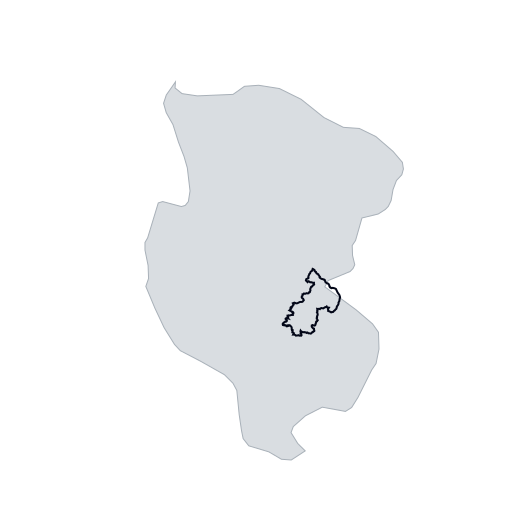 Nyanza, Southern, Rwanda shown in context, rotated 302°
{"feature_id": "39286606B66592032419282", "entity_name": "Nyanza", "entity_type": "district", "adm_level": 2, "iso_a3": "RWA", "parent_name": "Rwanda", "parent_adm1": "Southern", "projection": "robinson", "projection_center": [29.757, -2.344], "detail": "fine", "context": "in_parent", "style": "outline", "palette": "ink", "viewbox_px": 512, "rotation_deg": 302, "n_neighbors": 0, "source": "geoboundaries", "source_scale": "gbopen_adm2", "svg_char_len": 6903}
<svg xmlns="http://www.w3.org/2000/svg" viewBox="0 0 512 512"><g transform="rotate(302 256 256)"><path d="M208.6,154.7L214.0,154.5L249.2,145.0L252.7,148.0L258.4,166.5L261.4,169.2L266.3,169.8L276.2,165.6L294.3,151.1L302.2,142.3L311.5,129.9L323.4,116.0L330.0,103.9L336.5,96.7L345.0,94.6L354.4,95.1L361.0,95.4L355.6,98.3L354.5,107.2L360.7,121.4L380.9,150.9L393.8,156.3L402.2,167.8L410.4,187.1L412.8,211.2L409.4,240.3L411.4,261.9L418.9,276.0L420.8,294.4L417.3,316.9L413.0,330.5L407.9,334.9L402.2,336.6L394.4,335.1L384.9,337.0L374.6,341.2L368.1,341.9L364.0,341.0L356.4,337.4L344.4,325.7L321.9,332.2L315.9,332.0L307.6,337.6L300.9,344.4L296.8,344.9L292.7,344.0L273.4,330.2L266.3,330.7L263.4,369.3L260.2,390.8L256.2,400.3L242.3,409.6L228.4,414.8L220.8,414.5L190.1,417.4L178.2,417.4L171.6,414.2L162.9,392.3L146.7,382.6L131.1,378.0L124.8,379.3L119.1,390.8L116.8,401.0L101.7,394.0L97.1,385.3L96.7,370.6L91.2,350.5L94.3,341.9L100.2,336.3L112.7,325.7L131.8,311.0L135.9,303.9L138.6,292.2L137.4,265.0L135.6,242.0L137.8,233.8L146.5,216.1L158.2,197.9L171.8,178.7L180.0,176.8L190.8,169.5L202.2,158.7L208.6,154.7Z" fill="#d9dde1" stroke="#a8b0b8" stroke-width="1"/><path d="M275.0,310.9L273.2,311.4L271.7,310.7L271.1,310.7L270.3,310.9L269.9,311.1L268.9,310.7L268.1,311.0L266.9,311.1L266.3,311.3L265.9,311.6L265.7,311.6L265.3,312.1L265.0,312.2L264.6,312.0L263.1,310.9L261.8,311.2L261.6,311.6L261.3,313.1L261.2,313.5L261.9,313.5L262.1,313.4L262.5,314.0L262.4,314.4L262.5,314.7L262.4,315.0L262.5,315.4L262.4,315.8L262.6,316.0L262.8,316.7L263.2,317.0L263.3,317.6L263.3,318.3L264.0,319.3L263.6,319.5L262.7,320.4L262.4,320.4L261.8,319.9L261.1,319.9L260.6,319.7L259.9,319.8L259.8,319.7L259.4,319.3L259.1,319.1L258.5,319.3L257.6,319.3L257.1,319.5L256.6,319.5L255.7,320.4L255.2,320.5L254.5,320.5L254.2,320.8L253.8,320.8L253.4,320.5L253.5,320.4L253.3,320.2L252.7,320.3L252.2,320.3L251.5,319.4L251.3,318.7L251.2,318.5L250.2,317.9L249.7,317.2L249.7,316.7L249.5,316.4L248.7,316.3L248.3,316.1L248.1,315.8L247.2,316.5L246.7,316.5L246.1,316.2L245.1,316.7L244.9,317.0L244.7,317.8L244.7,318.1L244.8,318.5L244.0,319.8L243.7,320.0L243.3,319.8L242.7,319.8L242.2,319.7L241.9,319.7L241.3,319.2L240.8,318.3L240.3,317.6L238.0,316.2L237.4,315.6L237.0,314.8L237.0,314.4L236.8,313.3L236.1,312.7L235.5,312.3L235.1,313.4L234.8,313.7L234.2,313.4L232.5,313.6L231.8,313.0L230.9,312.6L230.6,312.6L230.4,312.7L230.5,312.9L230.6,313.6L230.3,313.6L229.7,313.7L229.2,313.7L228.7,313.3L228.0,313.4L227.6,313.2L227.6,313.3L227.6,313.7L227.8,314.0L227.8,314.4L227.7,315.2L227.8,315.6L227.7,315.9L228.0,316.3L228.0,316.6L228.0,317.3L227.7,317.8L226.9,318.2L226.6,318.2L226.5,317.8L226.4,317.9L226.1,318.0L225.6,318.0L225.4,318.3L224.7,317.2L223.6,316.3L223.2,315.7L223.0,315.2L222.7,315.2L222.4,314.7L222.2,314.6L222.1,314.3L221.8,314.4L220.9,315.9L220.4,316.2L220.2,316.0L220.1,316.3L219.9,315.6L219.6,315.5L219.4,315.3L219.4,314.7L219.2,314.7L218.8,314.4L218.6,314.5L218.4,314.4L218.1,314.7L218.0,315.8L217.9,316.1L217.5,316.5L217.1,316.6L216.2,316.3L215.9,316.0L215.8,315.5L214.9,315.2L214.7,315.0L213.9,314.7L213.5,314.9L213.1,315.0L212.8,314.6L212.6,314.6L212.4,314.7L211.7,315.4L211.8,315.7L212.1,315.8L212.1,316.0L212.3,315.9L212.6,316.4L212.5,316.7L212.6,316.9L212.7,317.4L212.9,317.9L212.9,318.0L212.8,318.3L213.0,318.3L212.9,318.8L213.0,318.8L213.0,319.0L213.1,319.4L213.3,319.3L213.5,319.5L213.4,319.6L213.7,319.7L213.8,319.9L213.9,320.1L213.8,320.3L214.0,320.4L214.1,320.7L214.4,320.8L214.5,320.7L214.6,320.9L214.7,321.0L214.8,320.8L214.9,321.0L215.1,321.1L215.2,321.3L214.9,321.9L215.0,322.4L214.5,323.9L214.3,324.1L213.0,325.0L212.9,325.2L212.8,325.3L212.6,325.4L212.6,325.6L212.4,325.5L212.0,326.0L212.1,326.3L211.9,326.3L211.8,326.7L210.9,327.1L211.0,327.2L210.8,327.3L210.8,327.5L210.6,328.7L210.6,329.0L210.4,329.0L210.2,328.9L210.1,329.1L209.5,329.1L209.5,329.3L209.4,329.3L209.5,329.4L209.4,329.5L209.5,329.6L209.4,329.7L209.7,330.1L209.7,330.7L209.8,331.1L209.6,332.1L209.8,332.3L210.2,332.6L210.7,333.4L211.1,333.7L211.2,334.1L211.4,334.1L211.6,334.6L211.6,335.4L212.2,335.9L212.3,336.5L212.7,336.6L212.9,336.4L213.0,336.5L213.4,336.2L213.9,335.8L213.9,335.7L214.2,335.5L214.3,335.3L214.2,335.0L214.4,335.0L214.5,334.7L215.4,333.9L215.6,333.6L216.3,333.4L216.1,333.9L215.9,334.2L215.9,334.9L216.1,335.0L216.1,335.7L216.5,336.3L216.6,336.9L216.8,337.3L217.0,337.3L217.2,337.5L217.2,337.8L217.5,338.4L217.2,338.8L217.3,338.7L217.4,338.8L217.5,339.6L218.3,339.9L218.4,340.6L218.3,340.8L218.2,341.4L218.6,342.0L219.1,343.1L219.2,343.6L219.5,343.7L219.8,343.9L220.0,343.9L220.4,344.0L221.3,344.1L221.4,344.3L221.7,344.3L221.8,344.6L222.1,344.6L222.6,344.9L223.1,345.2L223.4,345.2L223.9,344.7L224.0,344.5L225.1,343.7L224.9,343.3L224.9,342.7L225.2,342.0L225.2,341.7L225.5,340.9L226.0,340.4L226.4,340.3L226.7,340.1L227.0,340.3L227.4,340.5L227.5,340.9L227.6,341.6L228.0,342.2L228.1,342.7L228.7,342.9L229.5,342.8L230.3,342.3L230.9,342.4L232.0,341.9L232.2,342.0L232.2,341.9L232.7,341.9L232.9,342.1L233.1,342.1L233.3,342.2L234.2,342.4L234.6,341.8L234.9,341.2L235.0,340.7L235.7,340.5L235.9,340.3L236.1,340.4L236.6,340.2L236.9,339.8L237.7,339.7L238.0,339.5L238.5,339.6L238.8,339.5L239.5,339.0L239.6,338.8L239.7,338.6L240.1,338.4L240.4,338.0L240.6,337.5L241.3,337.6L241.5,337.5L241.8,337.1L242.4,337.0L242.5,336.6L243.2,336.4L243.6,336.0L243.7,336.3L244.1,336.7L244.5,337.4L244.8,338.3L245.2,338.2L245.7,338.4L245.9,338.7L246.5,339.0L247.0,340.3L247.3,340.9L247.8,341.0L248.9,341.7L249.2,341.7L249.7,342.2L249.9,342.4L250.2,342.6L250.6,342.7L250.3,343.2L250.1,343.8L250.2,344.0L250.5,344.5L250.8,345.2L250.4,345.2L249.9,344.8L249.6,344.8L249.0,345.2L248.5,345.9L247.7,346.2L247.9,346.9L247.8,347.3L248.0,348.0L248.0,348.8L248.1,349.1L248.0,349.6L248.2,349.8L248.4,349.8L248.6,350.1L248.8,350.2L249.0,350.6L249.5,351.1L250.7,351.2L251.4,351.5L251.7,351.7L252.7,351.7L253.6,352.1L254.4,351.9L254.8,351.9L255.2,351.6L255.5,351.6L256.1,351.3L257.5,351.5L258.8,351.4L259.6,351.1L260.3,350.6L261.8,350.6L264.3,349.5L265.2,349.4L265.6,349.1L266.2,348.5L267.1,347.4L268.3,344.5L269.9,342.0L270.4,341.3L270.3,339.8L270.0,339.2L270.0,338.9L269.6,337.9L269.3,337.7L269.2,337.3L268.9,336.9L268.7,336.9L268.6,336.4L268.7,336.0L268.6,335.7L268.7,335.2L268.9,335.1L269.0,334.8L269.2,334.7L269.3,334.2L269.7,334.0L270.1,333.5L270.3,332.8L270.6,332.7L270.7,332.4L270.8,331.7L270.6,330.9L270.5,330.7L270.5,330.3L270.6,330.0L270.5,329.0L271.0,328.5L271.1,328.2L271.3,328.1L271.6,327.6L271.8,327.1L272.1,327.0L272.2,326.6L271.9,326.1L272.0,325.8L271.8,325.3L271.8,324.8L271.4,324.1L271.4,323.7L271.3,323.3L271.4,321.5L271.6,321.2L271.8,321.2L272.1,321.0L272.3,321.0L272.3,320.6L272.9,319.8L273.0,319.1L273.4,318.6L273.3,318.4L273.5,317.8L273.4,317.4L273.5,317.1L273.3,316.7L273.8,315.6L274.3,315.2L274.1,314.5L274.3,313.8L274.4,313.6L274.7,313.5L274.8,313.1L275.2,312.8L275.1,312.4L275.2,311.4L275.0,311.1L275.0,310.9Z" fill="none" stroke="#020617" stroke-width="2"/></g></svg>